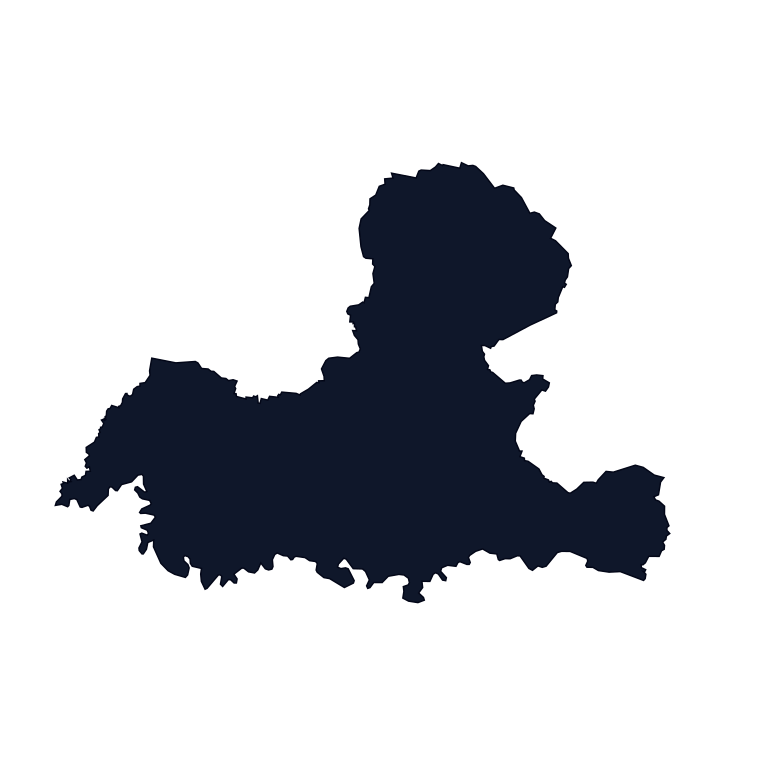 Mueang Maha Sarakham, Maha Sarakham, Thailand (orthographic projection), rotated 189°
{"feature_id": "78962969B99626144769270", "entity_name": "Mueang Maha Sarakham", "entity_type": "district", "adm_level": 2, "iso_a3": "THA", "parent_name": "Thailand", "parent_adm1": "Maha Sarakham", "projection": "orthographic", "projection_center": [103.336, 16.105], "detail": "fine", "context": "isolated", "style": "filled", "palette": "ink", "viewbox_px": 768, "rotation_deg": 189, "n_neighbors": 0, "source": "geoboundaries", "source_scale": "gbopen_adm2", "svg_char_len": 6144}
<svg xmlns="http://www.w3.org/2000/svg" viewBox="0 0 768 768"><g transform="rotate(189 384 384)"><path d="M285.8,596.0L286.5,597.9L297.7,598.9L305.4,594.6L318.7,607.3L327.5,613.2L330.4,613.8L335.0,612.6L342.1,614.7L342.9,609.0L360.0,609.9L360.3,608.9L364.7,610.3L367.1,606.4L371.7,602.0L380.8,601.1L382.9,599.7L384.5,592.5L409.5,593.4L407.3,588.8L415.4,586.7L414.2,581.5L419.6,578.5L421.7,569.3L426.8,564.7L426.0,558.8L426.7,554.6L425.7,553.1L432.4,543.5L432.9,533.8L428.2,516.0L424.1,506.6L421.6,505.4L414.6,505.9L414.0,500.7L411.4,498.7L412.2,491.3L409.4,481.9L411.7,478.1L412.4,466.9L415.9,466.7L416.4,461.1L417.8,461.6L421.4,458.2L429.5,455.5L431.3,453.5L432.1,449.9L430.7,447.6L427.8,446.7L427.5,440.0L424.0,440.5L424.0,438.9L422.7,439.3L422.1,435.9L420.9,435.9L419.5,432.2L423.3,431.9L420.8,427.3L416.6,423.7L415.6,419.5L412.9,415.0L413.7,411.6L415.8,410.7L422.0,404.0L434.1,403.3L442.6,400.8L445.1,398.0L448.1,389.1L444.4,382.2L443.5,377.9L449.0,376.9L448.4,375.1L450.7,375.0L457.9,367.0L465.0,361.2L465.0,359.9L469.3,361.0L483.7,360.0L484.7,356.9L486.3,357.3L487.1,355.7L486.4,354.3L495.1,353.9L496.3,349.9L502.9,350.4L503.4,345.5L505.3,345.4L507.2,352.6L508.7,351.3L510.9,351.7L511.6,349.8L518.2,349.5L517.9,347.6L527.8,348.6L528.6,351.3L530.7,351.1L529.8,356.3L531.2,358.2L529.6,363.9L533.7,364.6L538.1,363.0L541.0,364.7L545.6,364.5L554.1,369.8L556.9,369.5L560.0,371.3L566.6,370.8L571.1,375.7L573.9,376.7L592.9,372.3L617.4,373.2L617.6,360.3L616.4,356.0L620.1,348.0L625.1,346.4L624.7,343.7L627.4,342.8L630.4,339.7L630.7,334.2L632.9,332.1L635.9,333.0L636.4,334.4L637.8,334.1L639.8,328.4L639.5,324.9L640.7,321.4L642.5,320.4L642.1,319.1L649.6,320.2L650.7,317.0L652.6,316.3L653.7,313.8L653.3,309.1L654.3,308.2L653.6,307.0L654.5,306.5L653.2,305.4L654.5,304.3L655.2,305.5L657.4,304.2L654.6,301.3L655.5,297.5L657.1,296.9L656.8,295.6L658.3,294.3L656.8,291.8L658.1,290.4L657.3,287.1L659.7,286.3L660.9,281.3L668.2,274.8L667.3,270.0L664.5,268.6L663.8,267.0L667.7,262.5L665.5,259.5L666.2,256.0L664.3,254.4L662.0,256.1L660.4,251.9L664.6,251.1L664.6,247.0L667.8,244.9L668.3,242.2L671.9,241.2L675.7,245.4L680.2,242.0L678.2,240.5L679.0,239.0L678.1,238.6L679.5,238.1L681.5,240.1L680.9,236.5L685.7,237.0L685.0,235.6L687.2,234.4L685.3,230.7L687.2,227.3L684.9,225.2L684.5,222.8L689.1,216.3L689.6,212.7L683.4,214.8L677.3,213.3L676.3,214.7L676.3,220.8L672.0,222.4L669.3,221.8L664.8,215.0L663.0,214.9L657.4,217.9L655.7,217.1L653.6,213.5L651.4,213.1L648.2,219.0L639.1,230.8L639.8,237.0L638.8,239.5L636.6,239.7L632.5,236.8L630.7,236.9L627.5,243.6L618.0,247.9L612.8,255.5L608.9,256.9L607.2,255.4L605.8,247.5L601.4,240.7L603.5,239.7L611.4,244.0L613.4,243.1L613.7,240.4L610.1,237.8L607.5,234.1L604.7,232.8L597.3,232.4L595.2,229.6L596.0,227.8L603.7,222.7L605.3,218.9L604.1,218.1L599.4,219.1L590.7,218.6L588.9,216.8L592.5,210.0L602.0,205.9L601.2,204.1L595.1,202.6L593.3,199.8L594.1,197.6L599.9,198.8L601.5,197.7L598.3,190.3L600.4,183.7L599.7,181.2L596.4,178.3L595.2,178.5L592.8,183.6L592.5,190.5L587.0,193.9L586.2,187.1L576.3,172.0L568.0,165.8L561.0,163.3L549.9,161.9L548.1,164.7L547.7,171.9L549.4,174.9L553.9,178.0L555.1,181.6L553.9,183.4L550.4,182.8L548.1,180.6L547.2,176.6L544.9,174.0L535.4,173.3L535.3,167.6L533.5,160.5L528.6,153.3L526.8,154.5L517.7,169.5L515.8,169.8L514.1,168.6L514.2,160.7L511.7,158.8L507.1,166.5L504.9,166.7L500.9,164.0L498.7,164.4L498.6,168.5L502.5,172.7L495.7,179.9L493.6,180.2L488.4,177.3L482.3,177.1L479.6,180.6L477.7,188.0L472.3,182.9L468.9,182.3L465.8,183.6L465.1,186.3L466.8,193.0L465.2,198.6L463.0,200.4L456.6,198.7L452.3,199.0L448.5,195.8L446.8,196.4L445.5,199.2L443.6,200.1L434.8,200.2L429.9,197.9L423.8,198.0L421.8,196.2L421.9,189.6L420.5,187.6L413.1,183.4L407.3,183.3L391.3,176.8L383.1,182.6L382.7,185.1L390.5,195.9L393.2,196.4L397.7,194.9L401.2,195.8L400.9,199.0L396.5,205.6L393.9,205.1L385.5,196.8L376.3,198.0L372.9,195.9L367.8,188.2L369.6,181.9L368.1,179.6L366.0,180.7L363.1,186.3L354.8,187.6L349.7,194.8L339.5,198.3L334.4,198.5L329.5,196.0L327.8,191.7L328.7,189.3L333.2,186.9L331.9,182.3L331.9,175.5L325.8,173.4L316.3,173.4L310.4,176.8L311.6,179.3L317.1,183.0L314.0,189.0L315.7,195.1L307.8,196.2L305.7,203.8L303.5,205.7L300.6,204.8L295.5,199.5L292.3,199.4L292.1,202.5L298.8,207.9L298.3,211.5L292.8,214.9L284.4,215.2L283.0,219.3L281.2,220.4L273.9,218.8L271.6,219.2L270.9,221.2L273.5,225.9L272.6,228.1L267.3,233.1L260.8,236.5L252.9,233.5L246.0,233.8L243.6,228.5L242.2,227.8L237.2,230.4L232.0,231.2L225.5,235.2L222.7,235.5L212.0,224.5L208.2,223.2L203.5,228.4L199.0,227.7L195.4,229.4L186.5,244.6L182.5,246.5L174.0,247.8L156.2,243.5L155.0,241.0L156.3,236.4L154.9,234.8L149.0,235.6L143.0,233.3L132.3,233.4L121.3,235.7L96.9,230.6L95.6,232.6L95.6,237.1L98.6,239.4L97.2,239.3L96.5,241.5L101.1,242.9L101.8,245.9L100.0,245.9L97.9,248.3L95.6,255.2L85.3,256.8L83.8,262.7L81.4,264.6L81.7,268.5L84.1,271.5L81.3,274.7L81.3,278.0L78.4,281.0L81.7,283.7L82.1,286.5L80.4,288.5L86.6,299.1L87.8,307.2L94.1,311.3L97.7,312.0L99.8,314.9L95.6,317.5L95.5,330.4L92.9,335.3L102.8,336.3L114.9,342.2L123.1,343.1L143.7,332.8L151.0,332.4L157.4,322.9L158.8,319.2L162.3,319.7L171.3,318.1L177.2,310.3L183.0,305.2L185.4,305.5L197.7,313.2L202.1,312.7L203.7,314.0L205.2,312.9L206.6,315.0L211.5,316.0L211.4,317.8L213.7,319.0L217.7,324.3L229.6,330.2L233.2,330.3L233.8,332.7L238.4,333.5L237.2,339.3L239.7,339.0L245.4,348.1L246.3,355.9L242.7,368.5L235.5,377.6L232.2,377.9L231.8,383.0L233.2,386.4L232.1,390.6L233.2,392.6L227.2,402.8L223.4,402.2L221.1,406.8L220.9,411.0L228.1,413.8L228.3,417.1L234.7,416.8L239.5,415.4L240.9,411.0L245.6,407.2L247.5,407.3L249.2,409.3L250.8,409.1L259.6,404.8L264.3,403.7L278.5,412.4L280.4,412.6L281.7,414.6L284.1,414.6L283.7,418.5L288.4,423.1L289.7,426.5L289.4,429.2L292.0,431.7L293.8,437.3L290.4,437.8L284.3,436.0L284.0,437.7L281.2,438.7L277.5,445.9L273.4,446.5L248.8,465.1L224.7,481.3L224.8,483.1L226.9,484.0L227.3,489.5L225.2,492.3L225.4,496.7L222.7,508.0L220.9,507.7L219.6,511.0L221.5,511.8L221.3,515.0L219.6,518.5L219.7,526.9L217.5,530.2L221.5,537.0L222.5,541.6L237.0,552.3L242.3,554.0L238.7,564.9L250.9,570.5L257.2,576.3L262.4,577.3L266.6,575.4L277.4,589.6L285.8,596.0Z" fill="#0f172a" stroke="#020617" stroke-width="1.5"/></g></svg>